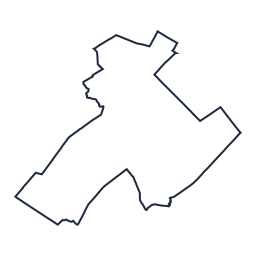 the district of Singureni, Giurgiu, Romania
{"feature_id": "2599482B21174600796262", "entity_name": "Singureni", "entity_type": "district", "adm_level": 2, "iso_a3": "ROU", "parent_name": "Romania", "parent_adm1": "Giurgiu", "projection": "equal_earth", "projection_center": [25.934, 44.23], "detail": "fine", "context": "isolated", "style": "outline", "palette": "slate", "viewbox_px": 256, "rotation_deg": 0, "n_neighbors": 0, "source": "geoboundaries", "source_scale": "gbopen_adm2", "svg_char_len": 5411}
<svg xmlns="http://www.w3.org/2000/svg" viewBox="0 0 256 256"><path d="M77.5,224.6L77.9,224.5L82.0,216.9L83.2,214.5L84.4,212.3L84.5,211.9L85.4,210.0L85.9,209.0L86.2,208.4L87.0,207.0L87.6,205.8L88.3,204.5L88.4,204.3L88.7,204.0L92.0,200.4L92.9,199.3L94.0,198.0L94.5,197.5L97.3,194.2L97.6,193.8L98.1,193.3L100.3,190.6L101.0,189.9L102.8,187.8L104.1,186.5L104.3,186.3L104.4,186.2L108.0,183.4L108.4,183.1L114.6,178.4L115.1,177.9L119.0,175.1L122.5,172.4L124.0,171.2L125.1,170.4L125.7,169.9L126.8,169.2L127.4,169.9L128.1,170.9L128.3,171.2L128.6,171.8L129.0,172.1L129.5,172.6L131.1,174.6L131.8,175.6L132.3,176.0L133.3,176.8L133.9,178.5L134.2,179.3L135.4,182.1L136.0,183.4L136.3,184.4L136.8,185.6L137.1,186.4L137.6,187.6L138.7,190.1L139.1,191.2L139.9,193.1L139.9,193.7L139.8,194.7L139.9,196.3L139.9,198.7L140.0,200.1L140.3,200.8L141.1,202.0L141.6,202.9L141.7,203.5L142.5,204.2L143.0,204.9L143.9,206.5L144.1,207.1L144.6,207.9L144.9,208.7L145.3,209.1L145.8,209.7L146.0,209.9L146.3,210.0L146.7,209.8L147.2,209.4L147.3,208.4L147.5,208.2L148.9,207.2L149.5,206.8L150.0,206.3L150.6,205.9L151.4,205.3L151.9,205.0L152.9,204.8L153.5,204.5L154.1,204.3L156.4,204.6L160.0,205.3L161.9,205.6L164.3,205.8L168.3,206.2L168.5,206.3L168.8,206.4L169.1,206.3L169.3,206.0L169.5,205.5L169.9,204.8L169.9,204.6L169.6,204.4L169.3,204.3L168.9,204.2L168.7,204.0L168.7,203.8L168.9,203.6L169.2,203.4L170.6,202.6L170.7,202.3L170.8,202.0L170.7,201.7L170.2,201.3L170.1,201.1L170.3,200.8L170.7,200.5L170.8,200.3L170.8,200.0L170.7,199.7L170.5,199.2L170.0,198.4L169.9,198.0L173.8,196.9L174.8,196.3L176.5,195.0L179.3,193.2L188.5,186.7L190.2,185.6L190.4,185.4L193.2,183.2L195.8,180.7L197.7,178.9L200.6,175.7L201.3,174.9L203.1,172.9L203.4,172.3L204.1,171.6L204.4,171.4L204.6,171.2L205.0,170.7L207.2,168.7L208.8,166.9L209.7,166.0L214.0,161.3L218.7,156.2L220.3,154.5L221.6,153.1L222.4,152.3L224.8,149.7L225.5,148.8L227.7,146.4L229.4,144.6L234.5,139.3L235.7,137.9L235.9,137.6L237.9,135.4L240.0,133.2L240.3,133.0L240.6,132.8L240.3,132.4L239.5,131.5L235.9,127.1L233.7,124.3L225.0,113.0L220.8,107.5L220.5,107.2L216.5,109.9L208.8,115.2L208.4,115.5L203.8,118.5L200.1,121.0L195.0,115.8L190.5,111.2L185.7,106.2L184.9,105.5L184.6,105.1L182.6,103.1L179.4,99.9L176.9,97.4L170.5,91.0L167.5,88.0L166.6,87.1L165.6,86.1L164.4,84.9L163.9,84.4L162.9,83.4L161.7,82.2L160.3,80.8L157.1,77.3L155.7,76.0L154.4,74.6L157.4,71.3L161.4,66.8L162.1,66.1L164.9,62.9L167.5,60.6L168.1,60.1L175.5,53.0L175.8,53.0L176.1,53.0L172.5,50.7L174.1,48.7L176.7,43.8L177.2,43.0L166.7,37.0L157.6,31.4L154.3,37.9L153.4,39.4L152.6,40.9L150.7,44.4L149.8,45.8L149.5,46.4L145.8,45.4L143.2,44.6L139.8,44.0L136.8,43.4L116.2,35.1L110.3,38.8L108.8,39.5L103.9,42.5L103.0,43.1L100.9,44.3L100.6,44.6L100.1,44.7L99.8,44.7L99.5,45.2L99.1,45.5L96.7,47.1L96.5,47.4L95.5,48.0L94.4,48.6L93.9,48.7L94.2,49.0L95.8,50.7L96.1,50.9L96.6,51.5L96.8,51.9L96.9,52.4L97.2,53.2L97.2,53.8L97.4,56.6L97.6,59.6L97.7,61.1L97.8,64.3L98.0,64.5L99.8,66.1L99.6,66.2L102.8,69.1L101.4,69.9L100.2,70.6L95.1,73.7L93.8,74.5L93.1,75.0L92.6,75.4L92.5,75.6L92.4,75.7L92.5,75.9L92.7,76.2L92.8,76.3L92.8,76.5L92.6,76.6L91.8,77.0L88.4,79.0L86.7,80.0L83.4,81.9L83.3,82.0L83.6,82.8L83.6,83.2L83.6,83.5L83.5,84.0L83.5,84.3L84.3,85.0L84.8,85.5L85.1,85.8L85.4,86.0L85.6,86.2L85.8,86.4L85.8,86.6L85.8,87.0L85.9,87.4L86.0,87.5L86.9,88.1L87.2,88.4L87.3,88.5L87.9,88.7L88.3,88.8L88.5,88.9L88.6,89.0L88.7,89.3L88.5,90.3L88.4,90.9L88.2,91.5L87.6,92.1L87.2,92.4L86.9,92.6L86.5,93.0L86.2,93.4L86.2,93.6L86.1,93.9L86.3,94.3L86.4,94.6L86.9,95.2L87.1,95.5L87.2,95.9L87.1,96.2L86.9,96.6L87.0,96.8L87.0,97.2L87.3,97.6L87.6,97.7L88.0,97.9L88.5,97.9L89.1,97.9L89.7,97.7L89.8,97.8L90.2,98.1L91.1,98.4L91.7,98.6L92.6,98.9L94.0,98.9L94.4,99.0L96.2,99.7L96.3,99.8L96.5,100.1L96.6,100.4L96.7,100.7L96.7,100.9L96.7,101.2L96.9,101.4L97.3,101.7L97.4,102.0L97.7,102.3L97.9,102.4L98.2,102.8L98.6,103.2L98.7,103.3L98.8,103.5L98.9,103.9L99.0,104.2L99.2,104.5L99.3,104.6L99.3,104.8L99.1,104.9L99.1,105.2L99.1,105.6L99.3,106.0L99.5,106.3L99.9,106.6L100.3,106.7L101.1,106.6L103.3,106.4L103.4,106.6L103.5,107.0L103.3,107.8L102.4,110.8L101.0,114.6L100.9,114.8L99.8,115.5L98.3,116.5L93.8,119.3L92.4,120.2L91.4,120.9L88.6,123.0L83.5,126.7L81.5,128.2L79.5,129.4L79.3,129.5L78.8,130.0L78.4,130.4L78.1,130.6L77.5,131.2L76.3,131.8L75.8,132.2L75.2,132.6L74.7,133.0L73.7,133.7L73.2,134.1L71.2,135.6L70.8,135.9L70.6,136.0L70.0,136.4L69.3,137.1L68.9,137.4L68.2,138.2L67.0,139.8L65.3,142.1L64.3,143.5L63.8,144.1L63.4,144.6L62.4,146.0L61.7,147.1L60.5,148.9L55.0,156.2L54.8,156.5L54.6,156.9L53.6,158.2L52.9,159.2L52.8,159.5L52.7,159.5L52.1,160.4L48.5,165.3L45.8,169.0L44.3,171.0L44.1,171.2L41.9,174.3L35.7,172.8L32.9,176.0L26.2,183.8L25.8,184.2L23.6,186.7L23.3,187.0L23.2,187.1L23.0,187.4L22.7,188.2L22.7,188.3L21.6,189.4L21.0,190.0L20.6,190.6L20.3,190.8L19.3,192.1L19.2,192.1L15.4,196.7L17.9,198.5L20.0,199.8L20.3,200.1L21.9,201.0L23.1,202.0L25.9,203.8L37.3,211.3L38.0,211.8L38.6,212.1L40.7,213.5L43.0,215.0L44.0,215.7L46.5,217.3L47.1,217.7L51.5,220.5L53.9,222.1L55.7,223.3L56.3,223.7L57.8,224.6L58.9,223.5L62.6,220.1L62.7,219.9L63.0,220.0L63.6,220.3L63.9,220.3L64.1,220.3L64.3,220.3L64.9,220.1L65.2,220.0L66.0,219.5L67.3,220.3L67.7,220.5L68.3,220.7L69.6,221.2L70.3,221.5L71.1,221.7L71.4,221.8L71.7,221.8L71.9,221.7L72.2,221.6L73.0,220.9L73.3,220.9L73.6,221.1L73.9,221.4L74.7,222.5L74.9,222.9L75.3,223.3L75.8,223.8L76.3,224.2L77.0,224.5L77.5,224.6Z" fill="none" stroke="#1e293b" stroke-width="2"/></svg>